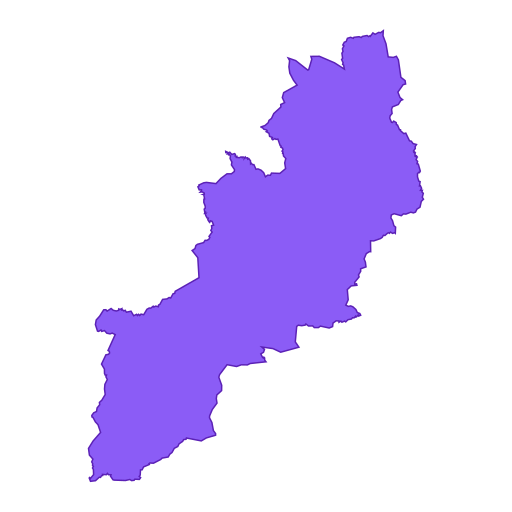 outline of Gushegu, Northern, Ghana
{"feature_id": "2480657B56494255769768", "entity_name": "Gushegu", "entity_type": "district", "adm_level": 2, "iso_a3": "GHA", "parent_name": "Ghana", "parent_adm1": "Northern", "projection": "orthographic", "projection_center": [-0.233, 9.923], "detail": "fine", "context": "isolated", "style": "filled", "palette": "violet", "viewbox_px": 512, "rotation_deg": 0, "n_neighbors": 0, "source": "geoboundaries", "source_scale": "gbopen_adm2", "svg_char_len": 6042}
<svg xmlns="http://www.w3.org/2000/svg" viewBox="0 0 512 512"><path d="M388.2,56.9L386.0,43.8L383.0,35.7L383.3,30.7L380.6,32.7L378.7,32.4L375.1,34.3L372.9,32.9L370.3,36.3L369.9,35.8L368.5,36.6L367.1,35.5L362.4,36.4L361.2,37.5L359.1,36.7L353.9,37.3L353.3,38.3L350.6,37.3L347.4,38.3L346.2,41.5L344.3,42.2L342.8,45.0L343.9,45.9L342.4,48.8L343.0,51.4L341.9,53.2L342.6,58.3L341.6,59.5L343.1,62.8L342.6,64.4L343.6,65.1L344.4,69.1L334.5,62.8L319.4,56.3L310.9,56.4L311.8,59.2L308.7,69.6L307.8,70.1L295.7,60.6L288.2,58.0L289.6,60.6L288.9,66.8L289.8,73.2L293.5,80.3L297.1,85.1L283.7,92.6L282.3,97.6L284.6,102.6L280.7,104.5L280.9,107.0L273.8,113.5L271.5,118.4L269.0,120.4L268.2,122.7L265.0,125.5L260.4,127.1L262.2,127.1L262.1,128.3L262.5,127.6L263.8,129.2L266.6,130.0L267.3,130.9L266.2,131.7L269.0,133.3L269.6,136.4L272.4,137.5L271.7,138.8L272.8,139.8L274.9,138.6L276.0,139.4L277.9,139.1L280.2,145.7L281.2,146.2L280.9,147.3L282.5,148.1L283.0,149.7L282.0,151.1L282.9,151.9L282.6,153.4L283.2,153.5L283.5,156.0L285.8,158.5L284.7,162.9L285.6,168.6L279.9,173.4L271.5,173.1L270.4,175.3L267.8,175.1L265.4,176.8L263.7,172.7L261.1,170.2L258.0,168.9L256.0,169.3L253.9,164.6L252.5,164.6L251.2,163.1L250.6,163.7L250.5,160.8L248.9,158.7L247.8,159.2L247.6,157.8L246.0,158.0L245.3,157.0L244.3,158.3L244.4,157.5L242.9,156.9L242.2,157.7L241.1,156.9L239.4,157.7L236.4,157.4L236.9,156.3L235.2,156.0L235.4,154.4L234.6,153.6L231.8,154.4L229.8,152.2L229.0,152.9L225.7,151.4L225.8,152.6L226.9,152.6L227.8,153.4L227.4,153.9L228.5,153.9L228.6,154.8L229.4,154.6L230.4,155.9L230.1,158.6L231.9,162.1L231.4,164.9L234.5,169.6L234.3,171.5L231.4,173.8L227.0,173.8L220.9,178.4L216.0,183.6L206.4,182.4L203.7,182.8L198.9,185.0L199.2,185.7L197.9,186.8L199.2,189.9L201.5,189.8L201.5,190.9L200.3,192.1L202.1,191.9L204.2,193.0L204.3,194.2L203.1,194.5L203.8,194.7L204.6,199.0L203.9,199.2L203.8,202.4L205.2,206.1L205.2,208.3L204.2,209.1L204.7,212.0L205.3,212.0L204.6,213.4L205.9,213.3L205.3,214.0L205.8,215.6L207.1,218.0L208.3,218.2L207.8,219.7L209.2,221.9L209.7,222.4L210.4,220.8L212.1,221.4L213.6,225.1L211.5,225.7L211.8,228.6L210.8,230.4L212.1,232.1L209.0,236.4L209.8,237.4L209.0,239.1L206.9,240.4L205.1,240.3L203.6,242.6L197.4,244.3L195.9,245.5L195.0,248.6L192.1,250.5L197.8,257.7L199.0,277.7L175.2,291.3L174.7,293.4L173.1,293.7L170.7,298.0L169.1,297.5L167.0,298.9L162.6,299.4L159.9,304.3L158.6,305.0L158.3,306.7L155.7,306.1L153.8,307.0L153.2,306.2L150.7,308.2L149.2,308.0L146.9,309.3L143.7,314.7L141.0,314.1L139.7,315.5L138.6,314.3L137.4,315.5L136.6,314.3L133.7,315.7L131.0,311.2L126.4,312.2L125.2,310.3L123.8,310.9L122.7,309.9L121.7,310.0L121.9,308.6L119.9,309.4L118.8,308.9L118.6,310.3L116.3,311.0L113.3,310.3L111.1,308.5L107.1,311.1L105.9,309.7L103.7,309.8L99.7,316.1L96.2,320.0L95.4,324.6L97.5,331.1L98.6,331.4L101.0,330.0L101.7,331.4L104.5,330.6L106.8,333.2L110.1,333.9L112.2,333.1L115.2,334.6L108.0,350.5L109.3,351.3L109.6,353.0L108.5,354.3L105.9,354.8L101.5,364.1L104.4,369.0L104.5,373.5L105.2,375.1L106.5,375.1L105.9,376.8L107.3,379.5L104.9,384.3L104.5,389.0L105.2,394.5L101.8,400.2L99.4,402.4L99.7,404.7L97.1,407.9L96.5,411.5L93.7,412.8L91.8,415.4L92.0,417.0L92.9,417.3L95.4,421.9L98.0,424.7L100.6,432.4L93.1,441.0L88.5,448.4L89.4,455.1L92.9,459.1L91.7,461.9L92.7,463.7L92.5,465.5L93.4,466.3L92.5,468.0L93.4,469.5L93.6,474.6L90.4,478.5L89.7,477.5L89.2,478.0L90.5,481.3L95.5,480.7L99.3,477.2L100.5,477.4L101.5,475.8L102.7,475.5L102.5,474.4L106.4,474.7L107.4,473.4L108.5,474.7L111.0,474.8L110.5,476.2L113.0,479.8L114.1,480.1L125.4,480.5L129.8,479.5L131.6,480.6L134.1,480.3L134.8,479.2L139.4,479.4L140.6,477.6L139.2,476.4L140.2,475.1L140.5,469.9L142.1,469.8L143.6,466.9L149.3,464.5L148.9,463.8L149.8,463.0L153.5,463.2L160.7,459.5L162.1,458.1L168.2,457.0L169.8,454.2L172.0,452.5L174.3,448.3L177.8,446.5L179.0,443.9L182.7,441.3L183.6,439.6L186.0,439.3L186.4,438.0L201.3,440.9L206.4,437.9L215.6,435.2L215.6,433.6L213.4,430.6L211.9,422.5L209.5,417.8L209.6,415.9L212.3,409.5L217.0,403.1L216.3,398.6L216.8,395.0L221.6,390.6L221.7,385.3L218.8,377.2L219.6,374.6L227.1,364.7L236.6,366.5L241.3,364.8L247.4,364.9L250.2,363.5L266.0,361.8L264.7,360.1L264.6,357.9L263.9,357.2L263.5,358.0L262.6,357.5L260.8,353.9L263.5,352.3L264.5,349.4L261.8,347.0L273.0,348.6L280.7,352.2L298.9,347.2L295.3,341.9L296.7,326.4L298.3,325.2L301.7,325.7L305.2,325.1L305.9,324.0L308.5,326.0L312.7,325.9L314.3,327.6L318.4,327.6L320.4,326.1L329.2,328.0L332.6,326.6L333.0,323.1L336.2,320.8L339.0,321.0L339.0,322.2L340.9,321.1L341.9,322.2L344.6,321.1L345.7,321.9L348.0,319.7L351.5,319.0L352.5,317.7L354.0,317.9L355.5,316.4L355.6,317.1L356.5,316.9L358.2,315.0L358.7,316.1L360.7,315.2L359.8,313.5L357.3,312.5L355.9,309.5L352.9,306.8L350.7,305.9L348.3,306.4L345.8,305.1L348.2,299.8L347.3,289.6L351.2,285.9L356.9,285.3L356.5,283.8L354.8,284.1L354.7,282.3L359.1,276.9L358.5,274.9L360.7,271.3L360.6,268.8L366.0,266.9L365.4,262.2L364.1,258.9L366.3,253.6L369.5,251.6L370.7,251.7L370.5,240.8L373.8,240.9L380.4,238.6L382.2,237.4L383.4,235.3L384.9,235.5L387.5,233.2L388.8,232.7L389.4,233.3L390.5,232.1L392.6,233.4L394.6,232.7L395.3,233.3L395.6,227.1L393.9,225.7L392.5,220.6L390.9,218.0L391.3,215.0L394.1,213.7L401.3,215.7L403.4,213.9L405.9,214.1L410.8,212.2L413.4,212.9L415.5,212.1L417.0,209.1L420.0,207.2L421.3,201.4L423.5,199.2L422.3,197.3L423.3,193.3L421.9,191.9L422.4,190.3L420.5,190.3L421.6,188.3L420.4,185.7L419.5,185.9L420.1,181.6L418.8,181.1L417.5,176.9L417.5,173.6L418.9,172.3L419.5,172.6L420.3,171.1L418.3,164.1L417.0,163.7L417.6,161.4L416.1,159.7L417.0,157.5L416.0,156.7L417.0,156.6L416.3,155.7L415.0,155.9L415.1,153.4L414.2,152.6L415.0,152.3L413.5,151.0L415.3,148.5L415.1,146.7L416.5,144.5L413.1,143.6L411.3,141.2L409.5,140.8L405.8,133.1L403.8,133.6L400.5,130.7L400.5,129.8L399.5,129.7L397.5,125.0L396.4,124.6L396.2,122.6L393.7,121.1L392.5,122.5L391.5,122.3L389.7,118.0L390.2,115.7L392.1,113.5L391.6,109.4L392.4,106.9L398.3,104.5L400.8,100.5L402.6,99.7L400.0,97.5L397.9,92.1L403.1,84.7L405.6,84.0L405.1,80.6L400.9,77.3L398.4,59.9L396.4,56.3L393.3,57.4L388.2,56.9Z" fill="#8b5cf6" stroke="#5b21b6" stroke-width="1.5"/></svg>